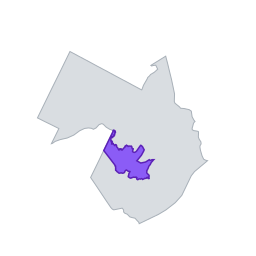 Quiché highlighted on a map of Guatemala, rotated 296°
{"feature_id": "GTM-3467", "entity_name": "Quiché", "entity_type": "Department", "adm_level": 1, "iso_a3": "GTM", "parent_name": "Guatemala", "parent_adm1": "", "projection": "mercator", "projection_center": [-90.931, 15.443], "detail": "fine", "context": "in_parent", "style": "filled", "palette": "violet", "viewbox_px": 256, "rotation_deg": 296, "n_neighbors": 0, "source": "natural_earth", "source_scale": "10m", "svg_char_len": 4791}
<svg xmlns="http://www.w3.org/2000/svg" viewBox="0 0 256 256"><g transform="rotate(296 128 128)"><path d="M46.9,180.0L48.0,179.0L48.9,176.5L50.0,173.9L49.3,171.0L48.9,168.6L50.2,165.1L50.0,162.5L50.6,160.9L52.5,159.9L53.4,157.9L48.2,151.1L48.2,149.5L48.9,147.6L53.1,140.2L58.2,131.5L63.8,121.9L67.1,116.1L79.4,116.1L87.5,116.1L97.7,116.0L108.9,116.0L116.3,116.0L119.3,116.0L118.8,112.2L119.2,108.0L120.5,104.2L120.5,102.6L118.3,100.5L114.1,99.3L111.7,97.5L111.7,95.2L110.7,92.4L108.6,89.2L104.4,85.8L97.9,82.4L92.4,77.8L87.8,72.1L84.0,68.4L81.0,66.8L80.3,66.0L89.0,66.1L97.2,66.1L97.3,57.9L97.3,50.5L97.4,42.2L112.2,42.2L129.9,42.2L148.3,42.3L162.8,42.3L171.3,42.3L170.9,52.6L170.5,64.5L170.1,73.2L169.7,84.9L169.2,96.8L168.6,113.0L168.2,123.5L168.4,123.7L173.2,123.2L180.4,123.7L182.1,123.6L184.3,124.5L186.0,124.8L189.6,127.2L193.9,128.9L196.6,125.4L195.2,123.2L194.1,122.1L194.3,121.1L209.1,130.4L207.3,131.9L203.5,135.2L196.7,140.8L190.6,145.9L184.7,150.5L179.4,154.6L178.8,155.0L172.1,158.0L170.9,159.3L169.5,165.2L168.8,166.6L170.1,169.9L171.3,174.9L170.9,177.5L166.2,180.7L164.1,183.6L163.2,185.4L162.3,185.0L160.9,184.8L157.6,185.5L156.0,185.7L154.6,186.5L154.5,188.3L155.4,191.2L155.7,192.7L154.8,193.4L150.7,195.2L149.1,196.9L147.5,199.6L145.7,200.7L143.9,200.5L142.5,200.9L139.7,202.9L135.4,206.8L133.1,209.7L133.1,211.9L133.5,213.8L118.0,206.9L112.8,205.8L91.0,205.9L81.6,203.2L71.0,198.0L63.8,193.3L46.9,180.0Z" fill="#d9dde1" stroke="#a8b0b8" stroke-width="1"/><path d="M97.1,116.1L97.4,116.1L102.9,116.1L108.5,116.1L114.1,116.1L117.7,116.1L118.5,116.0L119.2,115.7L119.7,115.9L119.9,116.3L119.8,116.7L119.5,117.1L119.7,117.6L119.6,118.0L119.1,118.2L118.7,118.0L118.4,118.4L118.4,118.6L118.1,118.6L117.7,118.3L116.9,118.8L116.5,118.6L116.2,118.6L116.0,118.8L115.9,118.9L115.6,118.6L115.5,118.8L115.4,118.8L115.3,118.6L115.2,118.8L114.9,119.0L114.3,118.8L113.9,118.5L113.5,118.3L112.8,118.3L112.8,118.0L113.0,117.9L113.4,117.7L113.4,117.4L113.1,117.2L112.9,117.2L112.7,117.4L112.6,117.7L112.3,117.7L111.7,117.1L110.7,117.4L108.9,118.3L109.2,118.9L108.9,119.1L108.9,119.3L109.0,119.5L108.8,119.9L108.5,120.0L108.3,119.8L108.2,119.6L108.1,119.4L107.7,119.6L107.0,120.2L106.5,120.3L106.5,120.6L106.7,120.8L107.0,121.2L107.3,120.9L107.4,121.0L107.6,121.2L107.6,121.5L107.2,121.7L106.9,122.4L106.5,123.7L107.5,123.9L107.7,124.6L107.3,125.4L106.3,125.8L106.2,126.0L105.6,127.5L104.5,128.9L104.3,129.5L104.8,129.5L105.3,129.5L105.7,129.7L105.9,130.1L105.7,130.2L105.6,130.3L105.4,130.4L105.4,130.7L106.0,131.1L106.2,131.3L105.6,131.7L105.5,132.1L105.8,132.5L107.3,132.8L109.0,133.3L109.5,133.6L109.8,133.4L110.2,133.3L110.6,133.4L110.9,133.6L110.6,133.6L110.6,133.8L111.4,134.3L111.8,134.9L111.8,135.5L111.5,136.2L112.1,136.6L112.5,137.5L112.8,138.3L113.0,138.7L113.2,139.0L112.9,139.5L112.5,139.9L112.3,140.0L111.2,141.0L111.2,141.3L111.5,141.8L111.0,142.0L109.4,142.2L108.8,142.5L108.7,143.1L108.7,143.9L108.9,144.5L109.8,145.3L111.0,145.8L117.4,146.8L118.1,147.1L118.0,148.0L117.6,149.0L117.3,149.7L117.0,150.0L115.5,152.1L114.1,152.2L109.4,152.0L102.7,150.4L102.4,150.3L102.1,154.8L105.1,158.7L108.8,161.0L108.7,161.2L108.6,162.1L109.3,162.9L109.6,163.1L109.8,163.3L110.1,163.6L110.3,164.0L110.8,165.0L110.2,164.8L108.8,164.5L107.6,164.1L106.9,164.0L104.8,164.0L102.9,163.5L102.2,163.5L101.7,163.6L101.2,163.7L98.6,163.7L97.8,163.6L97.2,164.0L96.5,164.2L96.1,164.4L95.9,164.5L95.7,164.9L94.8,167.5L94.5,167.8L93.4,168.3L92.7,168.0L92.4,168.7L92.3,168.8L92.2,169.0L91.9,169.1L91.7,169.0L91.6,168.8L91.5,168.3L91.5,168.1L91.6,167.9L91.9,167.5L92.1,167.3L92.2,167.1L92.1,166.9L91.9,166.7L91.5,166.5L91.2,166.5L91.1,166.4L90.8,166.4L90.6,166.2L90.2,165.5L90.0,165.0L89.5,164.8L88.2,163.7L88.3,163.5L88.5,162.8L88.5,162.5L88.4,162.3L87.7,161.8L87.5,161.4L87.3,160.6L87.2,160.4L86.4,159.7L85.9,159.5L85.9,159.4L85.8,159.2L85.8,158.7L85.9,158.4L86.1,158.2L86.4,158.0L86.6,157.9L86.8,157.8L87.2,157.8L87.3,157.7L87.4,157.2L87.4,156.9L87.2,156.5L86.9,156.4L86.8,155.8L86.4,155.2L86.2,154.4L84.8,153.1L84.7,152.8L84.2,152.6L84.0,151.9L84.0,151.2L84.2,150.0L84.3,149.6L84.7,149.4L86.4,149.1L87.3,148.8L87.7,148.8L88.7,148.9L89.0,148.9L89.7,148.8L89.5,147.9L89.2,147.3L89.2,147.1L89.5,145.6L89.5,144.8L88.3,144.3L87.8,144.2L86.6,144.3L86.4,144.3L85.5,143.6L85.2,143.3L85.0,142.9L84.8,142.5L84.8,142.3L84.8,141.7L84.7,141.5L83.9,140.5L83.8,140.3L83.7,140.2L83.6,139.9L83.5,139.7L83.5,139.3L83.5,139.2L83.6,138.9L83.8,138.5L83.9,137.5L83.9,137.4L84.0,137.1L84.1,136.9L84.4,136.5L84.5,136.1L84.5,135.6L84.6,135.4L84.8,135.3L85.0,135.3L85.2,135.2L85.7,134.8L85.8,134.8L85.9,134.7L86.0,134.7L86.3,134.7L87.5,133.9L87.7,133.7L87.8,133.6L88.2,133.6L88.3,133.6L88.4,133.4L88.3,133.0L89.0,132.3L89.1,132.2L91.8,126.8L92.2,126.0L97.1,116.1Z" fill="#8b5cf6" stroke="#5b21b6" stroke-width="1.5"/></g></svg>